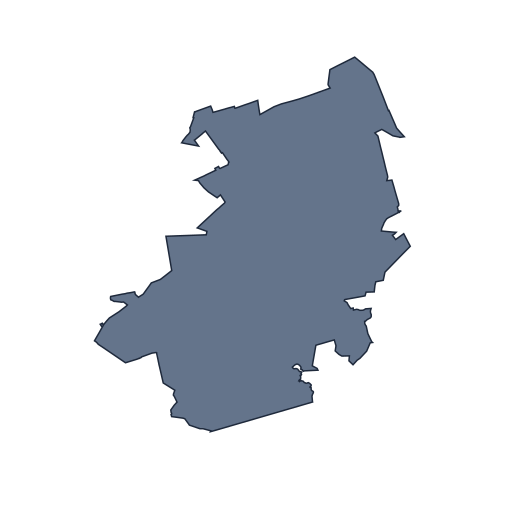 the district of Tequisquiapan, Querétaro, Mexico, rotated 69°
{"feature_id": "50627088B65246255323427", "entity_name": "Tequisquiapan", "entity_type": "district", "adm_level": 2, "iso_a3": "MEX", "parent_name": "Mexico", "parent_adm1": "Querétaro", "projection": "equal_earth", "projection_center": [-99.971, 20.542], "detail": "fine", "context": "isolated", "style": "filled", "palette": "slate", "viewbox_px": 512, "rotation_deg": 69, "n_neighbors": 0, "source": "geoboundaries", "source_scale": "gbopen_adm2", "svg_char_len": 5756}
<svg xmlns="http://www.w3.org/2000/svg" viewBox="0 0 512 512"><g transform="rotate(69 256 256)"><path d="M412.6,255.5L412.4,255.5L406.7,253.9L406.5,253.6L405.7,253.1L404.7,252.0L404.1,251.4L403.3,251.1L402.5,251.4L401.9,252.0L401.3,252.3L400.2,252.3L398.6,251.7L398.1,251.9L397.8,253.2L397.4,251.7L396.8,251.0L396.1,250.7L395.1,251.1L394.1,251.6L393.0,252.5L392.9,253.2L393.0,253.8L392.7,255.0L391.9,255.6L391.5,256.3L390.6,256.5L389.7,256.9L389.2,257.7L388.8,258.1L388.8,258.9L388.3,259.5L388.6,260.1L388.7,260.4L388.2,260.4L387.9,260.8L387.0,259.6L387.3,258.9L387.1,258.6L385.9,258.0L384.9,257.6L384.2,257.6L383.7,257.6L383.9,257.3L383.2,256.3L383.0,256.0L382.6,256.1L382.1,256.4L381.7,255.9L381.2,255.2L380.8,255.1L380.1,255.5L379.6,256.6L378.8,257.0L377.8,257.3L376.7,257.6L375.8,258.3L375.3,259.3L375.1,260.4L374.6,261.3L373.7,261.7L372.8,261.9L372.4,260.8L372.0,259.9L371.5,258.3L371.5,256.8L372.0,255.7L372.9,255.0L373.8,254.4L374.7,254.2L375.6,253.9L376.7,254.1L377.1,254.3L377.5,254.8L378.3,254.5L378.6,253.8L379.2,253.5L379.7,253.4L380.5,253.3L380.6,251.9L384.8,239.1L382.9,239.2L378.7,242.8L360.8,232.1L360.8,231.8L361.0,229.0L361.3,226.1L361.6,222.1L362.0,217.5L362.4,213.0L368.5,213.5L373.0,216.1L377.6,213.8L380.2,211.7L382.7,204.6L387.2,206.8L392.3,204.4L389.5,198.8L388.8,195.7L384.5,186.8L378.1,180.6L378.0,180.4L378.5,178.2L377.4,178.7L368.6,179.4L364.7,178.8L360.9,178.2L360.0,178.5L358.2,178.7L355.3,177.8L356.3,177.7L355.2,174.9L354.8,171.5L354.2,170.5L353.7,170.1L352.7,169.7L352.2,169.5L351.6,169.4L350.4,169.5L348.5,169.0L348.3,168.9L346.2,167.3L345.0,171.3L344.6,172.6L344.9,174.3L345.0,174.9L344.8,176.1L343.9,178.6L342.7,179.7L341.8,181.2L341.4,184.4L339.4,183.9L339.3,184.4L339.0,186.4L334.4,187.5L332.1,187.7L329.5,189.7L328.6,189.0L328.6,188.8L328.5,188.5L331.0,175.5L332.3,168.5L331.8,168.1L329.2,166.2L331.9,158.5L326.1,155.5L323.0,153.4L324.3,145.9L319.0,142.5L317.3,141.4L313.0,132.1L308.5,122.4L306.9,118.9L302.2,108.5L295.3,109.3L288.1,110.1L290.5,119.0L290.7,119.7L285.5,121.2L285.1,118.9L284.1,116.7L283.1,118.9L277.6,130.0L275.2,128.7L272.0,125.5L271.0,124.7L269.4,122.6L268.0,120.5L268.0,119.7L267.7,119.0L266.6,108.6L266.3,107.9L266.6,107.2L266.3,106.7L266.6,106.4L266.0,105.7L266.0,104.2L264.9,107.2L263.4,106.8L260.8,106.5L260.0,104.7L258.6,104.1L258.0,104.0L254.5,103.7L245.0,102.9L241.2,102.5L233.8,101.9L233.2,104.5L232.8,105.7L232.5,106.9L229.5,104.7L227.5,104.3L227.4,104.3L219.1,103.3L213.3,102.5L210.0,102.1L204.7,101.4L198.8,100.7L194.4,100.1L187.7,99.2L183.7,100.9L183.4,99.0L182.9,93.2L188.0,89.0L192.9,85.1L196.3,79.7L196.8,79.2L197.8,74.8L191.9,77.1L187.0,78.9L181.4,79.1L177.0,79.3L172.1,79.5L167.7,79.7L167.8,80.3L160.3,80.3L153.3,80.3L147.3,80.4L139.6,80.5L132.9,80.6L128.4,80.7L128.0,80.9L126.3,81.1L120.8,84.2L115.9,86.9L105.7,92.6L107.7,112.7L108.5,120.2L115.5,124.0L121.5,127.2L122.4,127.3L125.8,126.6L125.3,150.3L124.9,159.3L124.3,166.2L123.1,177.8L123.1,185.7L124.6,196.0L125.4,201.7L119.5,200.5L115.0,199.5L111.3,198.6L111.2,202.5L111.1,207.5L110.9,212.1L110.8,216.2L110.7,220.4L110.7,220.5L110.6,222.7L110.5,222.8L108.6,222.6L108.4,224.4L108.2,226.8L108.1,227.0L107.7,231.5L107.7,232.1L107.3,236.1L107.2,237.6L106.9,240.7L106.5,244.7L105.0,244.6L104.5,244.5L104.0,244.5L103.6,244.5L99.8,244.6L99.5,260.3L99.7,261.1L99.4,261.7L101.8,263.4L104.3,265.2L104.5,265.0L104.7,264.6L111.8,270.8L112.5,271.8L112.9,271.9L113.0,271.9L114.6,272.1L116.8,273.3L118.2,275.6L118.5,276.6L119.7,278.9L121.6,282.0L122.0,282.7L123.6,284.6L123.7,284.8L125.6,281.8L129.0,276.3L132.8,270.2L132.4,270.3L129.7,271.0L128.1,271.4L125.8,272.0L125.8,271.9L122.6,262.3L122.5,262.2L121.2,258.4L125.6,257.2L126.0,257.1L143.2,252.5L143.7,252.2L145.9,251.7L145.9,251.8L147.6,251.3L147.5,250.7L147.4,250.5L147.5,250.3L155.7,248.4L156.1,248.2L158.5,247.6L158.5,247.9L160.4,249.1L160.8,249.4L161.4,258.2L161.2,258.4L161.1,258.5L160.6,258.7L159.8,258.8L159.0,258.9L159.5,263.0L161.1,262.9L161.5,262.8L162.4,274.0L162.5,274.4L162.7,276.6L162.8,279.2L162.8,279.3L163.0,282.0L163.2,286.1L165.0,282.7L166.2,282.5L166.3,282.5L166.8,282.4L167.6,282.3L169.0,281.8L172.1,280.7L173.4,280.3L175.0,279.5L176.0,279.0L179.2,277.4L180.3,276.6L181.0,276.1L182.3,275.2L184.6,273.6L187.7,271.4L187.2,270.1L187.2,269.9L187.0,269.4L186.2,267.3L194.5,265.5L195.3,266.4L196.0,268.4L197.0,271.2L197.8,273.1L198.1,274.1L198.9,276.4L208.7,300.8L215.4,293.0L218.4,294.8L205.3,333.0L239.4,339.9L242.0,348.3L243.6,353.7L243.6,363.4L245.7,366.5L248.6,371.0L251.1,374.8L251.3,375.4L252.3,380.5L252.2,380.5L249.9,381.8L248.8,382.3L247.6,382.4L247.1,382.2L246.1,382.1L246.0,382.3L245.9,382.4L245.6,384.3L245.3,386.0L245.0,387.5L244.5,389.5L244.3,391.7L243.9,393.5L243.7,394.3L241.7,406.2L243.1,407.0L244.8,407.3L246.0,406.0L247.4,404.9L247.7,404.5L247.9,403.8L248.9,401.9L250.4,399.0L250.8,398.5L251.5,396.1L255.6,393.6L256.4,395.4L258.8,403.4L258.9,403.6L259.6,407.0L260.4,410.8L261.3,415.1L263.3,419.0L265.1,422.2L266.0,423.4L265.9,423.4L265.6,423.4L265.2,423.4L264.3,423.4L264.1,423.4L263.7,423.5L263.7,424.0L263.8,424.7L263.9,425.4L263.9,425.9L266.3,425.4L266.9,424.5L270.8,429.2L277.3,437.2L277.6,437.0L279.3,435.8L281.9,434.9L292.9,427.2L308.9,416.1L309.7,403.9L309.6,401.8L309.8,401.8L309.6,399.5L309.2,399.1L309.4,387.9L310.3,383.8L310.7,383.4L311.0,383.6L316.8,384.5L318.6,384.8L319.6,385.0L320.3,385.1L321.3,385.2L321.6,385.3L322.1,385.4L323.4,385.6L323.6,385.6L334.3,387.1L341.3,388.1L352.2,379.9L355.3,382.5L356.3,383.0L357.8,382.6L364.1,382.1L365.9,385.7L369.2,390.7L371.6,391.3L372.6,391.1L373.4,391.6L373.5,392.1L375.7,392.3L381.2,382.3L382.4,380.8L389.0,379.0L389.7,378.9L390.0,378.8L390.2,378.6L391.5,377.0L397.2,370.2L398.3,367.3L403.0,360.8L403.7,361.5L404.2,356.2L412.6,255.5Z" fill="#64748b" stroke="#1e293b" stroke-width="1.5"/></g></svg>